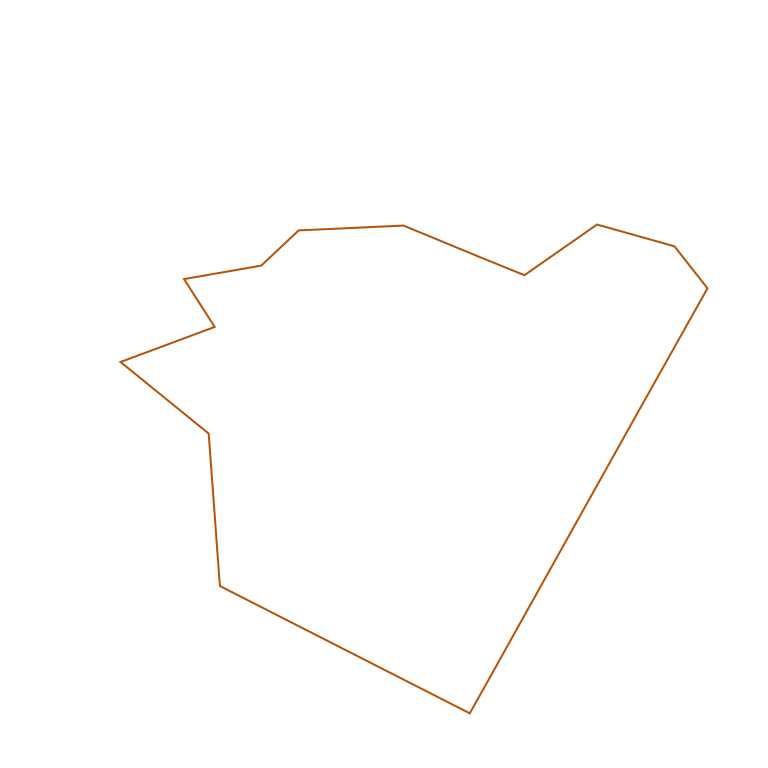 25 de Mayo, Río Negro, Argentina, rotated 27°
{"feature_id": "61730980B23941823928589", "entity_name": "25 de Mayo", "entity_type": "district", "adm_level": 2, "iso_a3": "ARG", "parent_name": "Argentina", "parent_adm1": "Río Negro", "projection": "robinson", "projection_center": [-69.008, -41.037], "detail": "fine", "context": "isolated", "style": "outline", "palette": "amber", "viewbox_px": 768, "rotation_deg": 27, "n_neighbors": 0, "source": "geoboundaries", "source_scale": "gbopen_adm2", "svg_char_len": 597}
<svg xmlns="http://www.w3.org/2000/svg" viewBox="0 0 768 768"><g transform="rotate(27 384 384)"><path d="M329.5,638.5L337.3,638.5L341.1,638.5L544.7,638.5L610.0,638.5L610.0,638.4L610.0,637.6L610.0,637.2L611.5,599.2L612.1,583.1L613.6,542.6L613.9,534.4L621.4,337.0L622.3,313.7L623.4,285.7L628.8,151.9L580.4,129.5L501.4,145.2L459.7,223.3L413.3,227.3L329.4,234.0L238.2,285.9L229.0,311.6L221.3,333.1L220.9,334.2L158.2,381.3L207.2,410.0L197.2,420.9L139.2,484.0L229.0,503.2L250.0,507.7L250.3,507.8L286.3,567.1L313.4,612.0L318.3,620.0L329.5,638.5Z" fill="none" stroke="#b45309" stroke-width="2"/></g></svg>